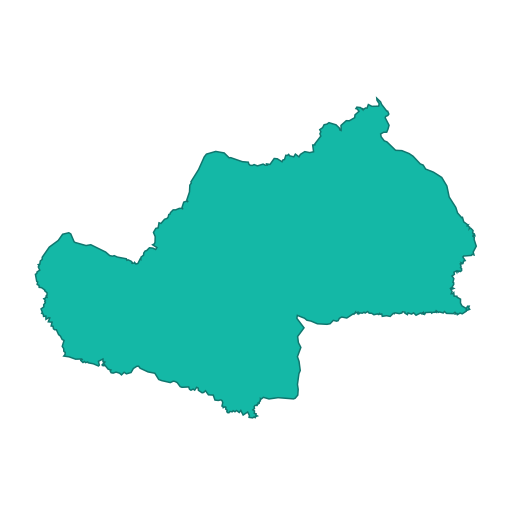 outline of Mafinga, Muchinga, Zambia, rotated 272°
{"feature_id": "96606910B74743827741249", "entity_name": "Mafinga", "entity_type": "district", "adm_level": 2, "iso_a3": "ZMB", "parent_name": "Zambia", "parent_adm1": "Muchinga", "projection": "orthographic", "projection_center": [33.262, -10.323], "detail": "fine", "context": "isolated", "style": "filled", "palette": "teal", "viewbox_px": 512, "rotation_deg": 272, "n_neighbors": 0, "source": "geoboundaries", "source_scale": "gbopen_adm2", "svg_char_len": 6074}
<svg xmlns="http://www.w3.org/2000/svg" viewBox="0 0 512 512"><g transform="rotate(272 256 256)"><path d="M417.9,371.2L415.8,371.5L412.5,373.8L410.0,373.3L409.6,366.6L411.3,363.0L407.7,361.8L407.7,360.2L406.5,358.7L406.9,357.5L406.0,357.6L408.0,355.2L408.3,351.6L406.8,350.7L406.4,352.1L404.2,353.9L400.5,350.0L397.7,349.8L394.4,344.5L394.4,341.5L389.5,336.4L384.4,336.7L384.7,335.6L386.9,334.7L389.9,331.4L391.8,324.3L390.2,322.1L389.6,319.5L386.6,318.1L384.5,315.3L382.4,316.5L380.4,315.6L378.1,316.6L370.1,310.9L369.2,311.0L368.9,308.8L362.2,309.9L361.2,306.1L362.0,301.1L359.1,296.8L356.6,295.5L359.2,291.8L356.4,290.3L357.3,286.1L358.7,285.1L357.6,283.8L357.7,282.3L353.4,281.1L352.9,279.5L351.1,278.7L353.9,273.9L354.1,270.8L348.0,266.8L348.4,263.5L347.2,264.1L347.1,262.0L348.1,259.9L346.1,254.3L347.3,250.9L346.4,249.3L346.4,247.1L347.5,245.7L349.5,245.0L349.8,239.0L353.4,227.3L353.2,225.7L357.9,220.6L359.1,212.1L356.1,202.9L353.2,200.8L340.4,195.6L327.9,188.4L326.7,188.8L324.5,187.4L317.7,187.3L309.6,184.9L307.6,186.2L308.4,184.7L307.3,181.9L302.1,180.4L300.1,181.3L301.1,180.4L300.9,177.6L299.3,174.1L299.2,171.6L296.4,169.0L295.1,168.8L294.4,167.4L291.6,166.8L290.4,165.7L289.5,163.3L285.2,159.9L285.8,157.9L280.7,157.2L280.1,154.9L276.0,152.7L271.8,154.6L266.1,154.6L264.6,154.0L263.6,152.3L261.0,156.7L259.0,155.5L260.3,152.6L260.5,149.2L257.6,146.5L257.1,145.0L255.0,143.7L252.9,143.6L250.8,141.1L248.4,141.0L248.9,140.3L244.4,138.2L243.8,136.3L245.3,134.9L244.6,134.7L244.5,132.6L243.8,132.2L245.3,132.5L246.4,131.4L247.7,128.3L247.2,127.2L248.7,126.5L250.1,117.4L251.4,114.3L250.8,112.6L251.3,109.8L254.7,105.6L261.5,90.5L260.5,85.8L263.2,74.8L263.9,73.7L271.6,70.1L272.7,68.1L271.0,62.0L264.6,57.8L257.7,49.1L247.3,42.4L245.1,42.4L243.5,40.6L240.2,40.2L239.8,38.7L238.6,39.6L237.5,38.8L234.3,40.4L232.5,37.8L230.8,37.5L230.0,36.2L223.1,37.7L222.5,38.7L219.9,38.3L219.1,40.1L217.1,40.4L216.9,42.7L214.7,46.1L213.9,46.0L212.0,48.4L209.7,48.6L209.2,47.8L207.4,48.5L207.5,47.2L206.2,46.7L205.9,45.5L203.9,47.1L203.1,46.5L202.0,47.1L199.9,45.5L197.8,45.8L195.6,43.0L192.3,44.5L191.3,43.8L190.4,45.5L188.2,45.8L188.6,48.1L185.4,48.3L187.1,51.0L186.9,52.1L183.0,50.7L182.7,54.5L178.9,53.7L178.7,55.6L176.2,56.1L175.3,57.4L175.3,59.1L170.5,61.5L169.2,63.3L165.8,65.2L164.9,67.1L158.9,65.5L156.8,67.0L154.0,67.3L153.0,68.7L150.9,68.6L149.3,67.4L148.7,72.7L146.6,79.3L147.0,85.4L146.5,85.8L146.3,84.7L145.5,84.5L143.5,86.8L144.6,88.2L143.5,89.3L144.2,91.5L143.4,92.1L142.6,97.2L140.6,102.4L141.5,103.2L145.2,102.2L147.7,106.6L145.0,106.8L144.7,108.6L141.9,106.0L141.2,106.3L141.0,107.9L142.2,108.3L137.7,112.2L137.0,115.0L136.0,114.3L134.3,115.3L134.0,117.4L135.1,120.2L134.1,123.8L132.5,125.7L135.2,128.3L133.7,130.6L135.2,135.2L139.3,137.4L141.6,140.7L141.8,142.5L139.8,144.1L136.4,152.1L135.3,159.0L129.2,163.1L128.2,166.0L126.5,174.8L128.0,177.6L127.8,179.4L126.7,181.7L122.8,184.8L122.2,186.6L122.8,193.3L120.5,194.2L119.6,195.7L120.8,197.8L119.8,199.4L122.7,201.3L121.9,202.9L119.8,203.1L117.4,206.9L117.8,208.5L119.6,210.2L115.6,213.3L115.5,218.1L110.6,220.0L110.3,223.4L111.0,225.8L110.3,227.1L108.2,227.9L104.9,227.2L104.7,228.1L103.3,228.5L104.2,230.3L103.8,231.2L101.9,231.1L100.8,232.6L99.4,232.3L98.5,233.0L98.4,234.4L99.7,235.2L99.5,237.8L100.6,238.6L99.6,240.4L100.9,242.0L99.0,244.7L101.1,246.2L96.6,248.7L99.8,253.1L96.6,254.9L94.5,254.7L94.1,258.3L95.1,259.8L94.4,260.8L95.6,261.4L96.2,262.9L97.0,261.4L98.3,261.6L98.7,259.8L101.1,259.9L102.1,258.3L103.6,259.8L105.2,259.4L106.5,260.0L106.9,262.1L106.0,262.4L107.6,262.2L107.9,263.1L109.3,263.3L109.0,264.3L110.9,264.6L111.3,265.4L113.5,265.4L113.0,265.9L115.0,268.3L113.6,274.0L115.2,283.0L114.5,298.5L115.2,300.1L118.4,302.6L124.2,302.8L129.1,301.9L139.9,303.0L143.1,304.2L152.1,302.7L156.8,300.9L166.2,304.0L170.9,301.4L177.0,300.4L185.9,306.5L195.1,299.0L198.1,299.4L195.5,306.7L193.6,309.1L192.9,313.2L190.4,319.7L190.2,329.3L190.9,332.4L194.4,335.5L193.7,338.8L194.2,340.3L196.6,341.5L198.0,343.8L197.2,348.9L201.6,355.2L201.2,355.9L203.3,357.4L202.5,357.5L203.4,359.8L202.0,359.7L202.5,360.7L201.8,360.9L202.7,361.7L202.6,364.4L203.6,365.9L202.8,367.1L204.4,369.5L202.8,371.1L202.8,373.6L201.4,375.9L202.4,379.4L201.8,380.3L202.9,381.5L202.0,381.9L202.4,383.7L200.1,384.3L200.9,388.5L200.3,392.2L203.5,395.2L203.1,396.2L204.1,396.9L203.4,401.1L204.1,403.7L205.4,404.4L205.0,406.8L204.1,406.8L202.7,409.4L204.4,409.9L203.4,413.5L204.7,415.5L202.4,418.0L204.7,422.3L204.0,423.6L205.1,424.2L205.0,425.0L203.0,425.2L205.2,425.5L203.7,426.6L205.4,427.5L205.9,433.0L205.0,433.6L205.9,434.7L206.0,437.0L206.8,437.3L206.1,438.3L207.4,438.3L206.0,440.2L206.5,441.5L205.6,445.1L207.1,446.3L205.3,448.4L205.3,455.2L206.7,456.8L206.0,457.6L205.0,457.2L205.4,459.0L204.4,459.3L206.1,461.9L205.4,464.1L208.2,468.1L209.7,468.0L209.1,468.9L210.2,471.4L211.6,470.3L213.3,470.8L213.2,469.2L210.9,468.0L213.3,463.6L216.1,462.0L220.0,461.9L221.8,458.4L222.8,458.2L222.8,455.4L226.3,454.9L225.2,453.9L225.1,452.4L227.2,453.2L230.4,451.4L231.1,452.5L229.7,453.0L230.5,454.8L231.1,453.4L232.1,453.2L234.5,454.6L236.2,454.5L236.6,453.7L240.3,454.5L242.8,452.6L244.6,454.9L246.7,454.4L248.0,456.8L246.7,457.4L248.1,457.8L247.3,459.0L248.1,459.4L247.6,460.8L248.6,462.0L250.6,461.9L251.4,460.8L252.3,461.3L255.2,460.5L255.3,461.8L256.5,461.2L255.9,463.1L258.1,463.6L258.7,465.2L262.2,462.7L263.2,463.5L264.1,471.2L265.2,472.0L264.7,473.8L267.5,472.9L273.5,475.8L280.1,473.4L282.4,473.5L283.3,472.1L284.4,472.3L284.0,474.0L285.7,473.4L286.6,471.7L289.0,472.0L291.1,469.8L291.5,468.8L290.9,468.3L292.2,468.5L293.5,466.6L294.2,466.9L293.8,466.1L294.7,466.3L297.4,462.4L301.8,461.0L301.4,460.3L306.1,455.9L311.5,454.0L321.7,447.0L332.6,444.3L341.0,438.9L346.0,430.4L348.8,422.5L352.7,419.9L353.8,416.9L361.2,409.5L363.7,405.5L366.4,398.1L366.5,391.8L374.6,382.9L375.6,380.1L379.5,376.9L382.3,376.3L384.1,379.2L384.3,382.3L387.5,383.5L391.3,384.4L398.6,380.3L400.0,380.7L401.0,382.8L402.5,383.8L405.4,382.5L405.3,381.7L411.8,376.3L414.4,375.1L417.9,371.2Z" fill="#14b8a6" stroke="#0f766e" stroke-width="1.5"/></g></svg>